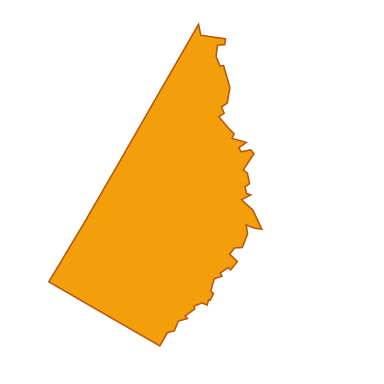 outline of LaSalle, Louisiana, United States of America, rotated 210°
{"feature_id": "52423323B85918245780607", "entity_name": "LaSalle", "entity_type": "district", "adm_level": 2, "iso_a3": "USA", "parent_name": "United States of America", "parent_adm1": "Louisiana", "projection": "robinson", "projection_center": [-92.255, 31.626], "detail": "fine", "context": "isolated", "style": "filled", "palette": "amber", "viewbox_px": 384, "rotation_deg": 210, "n_neighbors": 0, "source": "geoboundaries", "source_scale": "gbopen_adm2", "svg_char_len": 894}
<svg xmlns="http://www.w3.org/2000/svg" viewBox="0 0 384 384"><g transform="rotate(210 192 192)"><path d="M122.1,107.3L122.6,114.9L126.1,115.4L129.4,128.0L123.9,134.1L127.0,136.1L122.9,144.6L119.6,143.8L117.9,154.5L128.2,156.9L127.2,164.8L120.7,169.0L122.9,183.5L128.6,190.6L119.9,191.9L112.9,194.6L130.2,206.8L145.3,210.0L139.8,218.8L143.9,218.0L148.7,223.0L146.3,228.0L153.6,236.2L158.6,236.4L157.5,256.2L162.3,257.9L169.5,251.4L173.5,253.7L169.8,262.0L184.1,258.5L184.6,263.4L191.6,265.3L206.4,270.6L203.5,276.3L209.0,280.4L205.9,286.7L211.4,301.4L227.9,317.3L230.7,315.1L238.8,321.2L243.3,332.0L237.3,335.9L239.6,341.4L262.7,332.1L270.2,340.6L270.0,197.1L269.9,183.6L270.0,107.5L271.1,42.6L142.9,42.6L142.9,58.0L137.9,62.9L139.3,73.4L132.7,80.1L136.0,81.2L131.1,92.1L133.1,94.2L127.8,101.0L122.3,101.6L123.7,106.8L122.1,107.3Z" fill="#f59e0b" stroke="#b45309" stroke-width="1.5"/></g></svg>